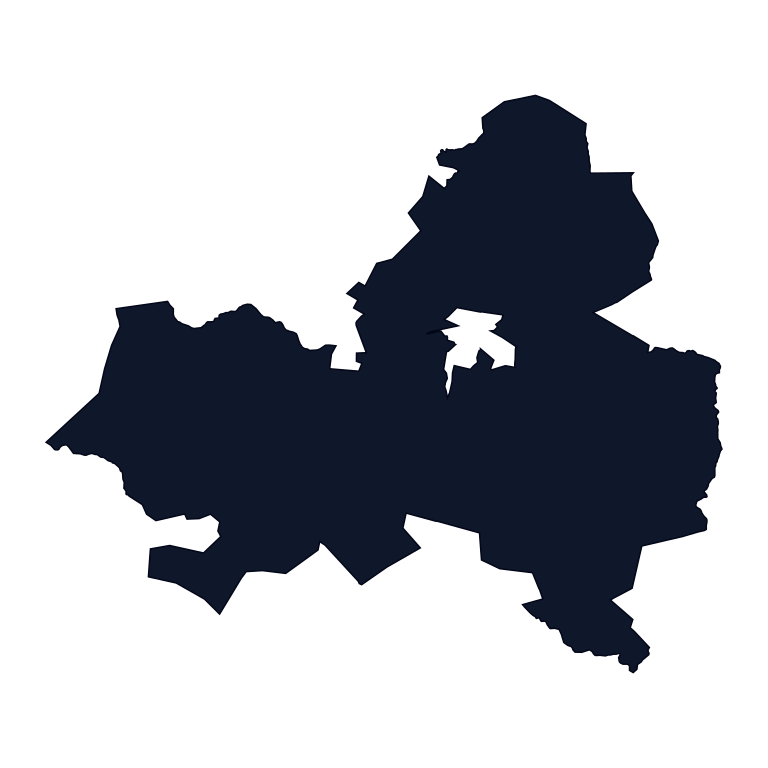 the district of Marondera, Mashonaland East, Zimbabwe
{"feature_id": "62879985B19621940565976", "entity_name": "Marondera", "entity_type": "district", "adm_level": 2, "iso_a3": "ZWE", "parent_name": "Zimbabwe", "parent_adm1": "Mashonaland East", "projection": "orthographic", "projection_center": [31.543, -18.251], "detail": "fine", "context": "isolated", "style": "filled", "palette": "ink", "viewbox_px": 768, "rotation_deg": 0, "n_neighbors": 0, "source": "geoboundaries", "source_scale": "gbopen_adm2", "svg_char_len": 6112}
<svg xmlns="http://www.w3.org/2000/svg" viewBox="0 0 768 768"><path d="M219.6,614.1L241.3,578.2L246.2,571.6L262.5,570.6L285.7,573.4L318.0,550.0L319.7,541.6L325.0,545.1L358.3,581.3L359.2,583.5L361.6,584.7L387.0,567.0L420.3,547.9L402.9,528.1L406.1,513.1L436.2,521.3L436.8,521.1L479.5,532.9L481.5,560.0L499.8,568.7L532.5,572.7L539.0,588.8L539.4,589.1L542.8,599.0L522.6,604.6L524.7,607.2L530.2,612.9L533.3,615.6L535.2,616.5L536.3,618.4L538.6,617.9L539.5,618.1L540.7,620.7L541.5,621.4L544.7,621.2L545.9,621.7L547.2,624.7L549.8,628.3L550.5,628.6L554.7,628.3L559.1,629.4L561.3,634.2L563.8,642.5L567.8,645.4L571.2,646.6L572.3,647.9L573.0,649.9L574.9,652.1L581.8,652.3L589.5,649.8L592.1,651.5L593.7,654.1L595.0,655.3L596.1,655.5L599.9,655.3L605.4,655.9L608.2,655.0L610.3,655.0L613.5,654.2L616.1,654.2L618.6,653.5L620.2,653.8L620.2,654.7L618.6,657.6L619.3,661.7L620.6,663.1L623.0,664.2L627.1,664.2L628.5,664.7L629.5,666.1L629.5,670.4L633.2,672.6L636.9,669.3L637.5,664.5L641.4,661.8L642.2,660.2L648.8,654.7L649.0,653.1L648.2,651.7L648.0,649.8L649.4,647.5L634.3,631.4L630.2,627.7L632.8,619.5L610.5,600.1L611.2,599.7L610.9,599.5L632.1,588.3L641.8,546.0L683.3,536.3L697.9,532.0L704.4,530.5L706.3,529.4L706.3,525.5L707.0,521.4L706.8,519.3L705.9,518.0L704.3,516.6L701.9,513.1L701.2,511.0L700.2,509.3L696.2,506.8L695.8,504.8L696.9,501.2L701.2,499.0L703.6,497.3L706.3,497.2L707.0,496.7L706.7,495.0L704.3,492.0L704.2,490.8L706.5,489.2L708.0,486.4L708.7,483.3L711.0,480.0L712.3,478.3L714.4,477.2L714.9,475.4L714.8,467.8L715.7,465.8L715.8,463.3L717.2,461.5L717.3,460.2L718.9,456.4L719.2,454.6L720.5,450.9L721.9,449.3L721.8,448.3L720.8,446.2L720.2,442.7L717.8,438.8L717.7,432.8L717.9,430.5L717.4,426.3L718.3,423.8L718.3,421.6L717.7,419.0L716.3,417.5L716.3,415.6L716.8,414.4L718.6,412.3L718.6,411.8L718.1,410.5L715.1,408.2L713.8,406.5L713.5,405.2L713.8,404.3L715.6,403.2L716.3,402.4L715.6,398.1L716.3,393.5L716.0,392.6L715.0,391.8L714.9,391.0L715.7,389.5L717.1,388.4L716.9,387.5L715.8,386.3L715.6,384.5L714.6,382.0L714.8,377.7L715.2,375.4L716.0,374.0L717.3,373.2L719.4,372.8L719.4,369.6L720.2,368.1L720.5,366.4L719.0,363.4L716.1,361.5L714.9,360.3L708.0,357.5L704.3,356.6L702.6,355.6L697.5,354.5L696.7,354.1L695.5,352.3L692.9,350.5L690.7,351.2L689.3,350.6L687.9,350.7L686.8,351.3L686.4,352.3L685.4,353.0L684.1,353.2L683.0,352.6L679.4,352.4L676.5,350.9L673.4,348.5L672.1,347.9L669.5,348.4L667.6,349.4L666.2,349.7L657.5,347.7L655.2,347.5L654.5,348.0L653.5,349.7L651.0,352.0L647.7,352.4L649.0,345.4L633.6,336.0L633.5,336.3L593.0,312.5L611.6,304.7L615.3,302.7L616.9,302.3L632.6,291.7L651.4,280.0L651.5,279.1L650.3,276.2L650.2,275.1L649.7,273.3L648.9,272.4L648.8,270.1L649.3,268.7L649.4,266.9L648.6,262.6L652.7,257.6L653.0,255.1L655.2,248.5L656.2,246.1L657.3,244.9L658.4,240.9L651.9,223.9L644.8,213.0L631.8,191.1L630.9,175.8L633.4,172.8L590.9,173.2L590.2,172.3L589.9,171.3L590.2,165.8L589.2,161.2L589.1,156.7L588.2,154.0L588.3,151.5L587.0,147.6L587.8,143.6L586.2,141.2L586.2,138.3L584.9,135.0L586.1,123.7L549.5,100.5L535.5,95.4L504.3,101.8L482.2,117.7L482.9,128.4L483.7,130.0L483.7,133.5L482.7,134.0L478.6,138.2L476.7,141.3L474.6,143.3L472.4,144.0L469.2,143.9L462.3,148.8L458.3,149.0L457.1,149.5L455.9,149.5L454.4,150.3L452.7,149.8L448.5,149.9L446.8,149.0L446.1,149.6L446.1,151.9L444.1,151.6L442.5,149.7L441.8,149.7L440.7,150.5L440.7,151.2L441.1,152.1L440.8,153.2L438.6,154.6L438.5,155.6L436.8,157.3L439.6,165.0L453.4,167.7L458.5,170.3L458.9,171.1L457.8,171.5L457.5,172.7L456.8,173.1L455.4,173.1L454.5,173.7L453.0,176.2L453.0,176.9L450.5,179.1L449.7,179.5L447.1,179.7L446.9,185.5L446.7,186.1L444.5,188.1L444.4,188.6L428.9,176.1L422.8,196.5L408.4,213.0L420.8,230.8L392.4,259.2L376.7,263.4L365.1,286.1L358.8,282.4L346.9,293.5L357.9,300.0L353.6,307.9L364.5,314.2L361.6,316.0L356.6,321.5L356.0,323.0L356.2,325.4L366.3,352.7L356.5,353.1L356.4,361.3L361.9,363.3L358.8,371.2L330.0,368.8L329.8,367.6L331.5,354.0L336.0,345.8L329.3,345.1L325.5,345.2L320.2,348.8L317.1,350.0L310.1,350.4L309.0,350.1L307.7,349.1L304.6,348.6L302.4,347.3L300.1,343.9L298.8,340.8L297.1,335.4L296.1,333.6L293.4,332.2L289.6,331.3L285.9,329.9L284.1,327.6L282.8,324.6L281.1,322.3L279.3,321.8L275.3,322.7L272.9,320.1L269.7,317.7L268.5,317.3L263.6,316.9L260.8,314.5L256.1,308.7L250.9,304.5L247.2,304.2L242.5,305.5L241.4,306.6L239.4,307.2L236.1,311.3L234.0,311.5L230.9,311.2L228.1,312.6L225.9,312.6L223.2,313.7L220.6,314.1L219.3,315.0L219.0,316.3L219.2,318.0L215.1,318.4L214.2,320.0L213.9,321.4L211.9,321.8L207.6,321.8L206.6,322.5L205.0,324.9L204.0,325.3L201.1,327.7L194.0,328.5L191.5,327.8L188.5,325.9L181.9,323.7L179.7,322.1L177.7,321.6L174.1,317.1L173.3,314.3L173.4,308.8L169.7,304.9L167.6,301.4L116.1,308.7L117.1,315.2L118.9,320.1L120.1,326.4L111.6,345.3L104.6,368.7L99.1,393.4L46.1,442.3L50.9,445.3L54.3,449.2L55.3,449.8L57.8,449.9L59.0,449.1L60.0,447.3L61.6,445.9L63.4,445.2L66.5,444.8L68.8,447.0L73.5,453.4L80.3,453.8L84.5,455.2L86.2,455.2L88.9,454.1L92.0,453.4L94.8,454.4L97.2,454.6L100.7,457.1L103.9,457.5L108.2,460.7L112.2,462.0L112.4,462.8L114.9,463.6L119.3,467.6L120.5,470.9L121.9,471.8L122.5,472.9L123.0,479.3L124.2,482.3L123.9,488.3L126.1,491.0L126.0,494.0L126.7,494.6L128.3,495.0L129.1,496.1L142.3,504.6L146.6,514.2L155.9,520.6L184.7,514.0L187.0,519.1L199.1,518.6L210.5,514.2L219.8,521.9L217.9,531.0L220.8,536.5L203.5,553.0L169.7,545.5L150.4,548.9L148.4,576.8L176.2,583.0L204.5,599.1L219.6,614.1ZM432.3,331.3L458.2,325.8L444.2,319.5L448.3,316.3L456.9,307.6L480.6,312.1L481.3,311.8L503.0,314.9L501.7,319.7L495.8,324.4L497.6,327.0L494.1,330.5L490.5,330.9L502.5,337.5L516.2,346.7L515.9,346.7L515.4,349.5L515.2,359.0L514.7,364.4L514.9,367.4L505.4,365.7L491.5,369.9L490.6,368.5L493.9,360.2L480.6,348.9L480.7,349.4L478.9,351.0L476.9,357.7L477.7,362.5L473.6,365.8L470.4,369.4L454.2,365.6L452.5,372.9L452.1,381.5L449.5,393.2L448.8,393.9L449.2,393.7L447.6,398.1L446.0,390.4L444.7,386.8L445.5,382.5L445.3,382.8L447.3,378.5L446.4,373.1L443.6,369.5L446.5,351.8L448.4,351.2L455.4,344.7L455.2,344.7L453.9,342.2L447.3,340.2L447.5,337.5L447.0,336.0L444.7,336.0L441.0,331.2L437.3,331.5L427.3,334.1L427.3,333.1L432.3,331.3Z" fill="#0f172a" stroke="#020617" stroke-width="1.5"/></svg>